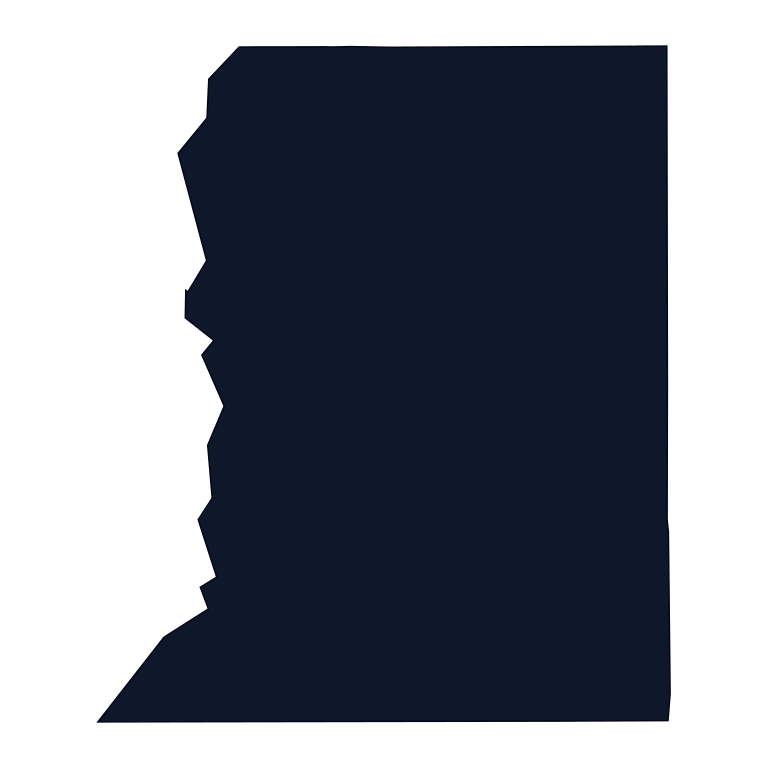 St. Helena, Louisiana, United States of America (orthographic projection)
{"feature_id": "52423323B72303975114408", "entity_name": "St. Helena", "entity_type": "district", "adm_level": 2, "iso_a3": "USA", "parent_name": "United States of America", "parent_adm1": "Louisiana", "projection": "orthographic", "projection_center": [-90.753, 30.825], "detail": "fine", "context": "isolated", "style": "filled", "palette": "ink", "viewbox_px": 768, "rotation_deg": 0, "n_neighbors": 0, "source": "geoboundaries", "source_scale": "gbopen_adm2", "svg_char_len": 596}
<svg xmlns="http://www.w3.org/2000/svg" viewBox="0 0 768 768"><path d="M200.3,587.2L208.4,608.9L164.0,637.2L97.9,721.9L194.2,721.7L556.1,721.1L668.0,720.6L670.1,693.8L668.4,532.0L667.1,519.8L667.4,383.5L666.8,46.1L639.8,46.2L638.3,46.2L633.4,46.4L631.3,46.3L532.0,46.7L527.9,46.7L390.2,47.3L350.0,46.6L332.6,47.0L321.6,46.8L315.2,46.9L308.8,46.9L239.2,47.0L208.8,79.1L207.0,118.0L178.1,153.3L206.7,260.7L187.8,292.0L185.8,290.4L185.3,317.9L213.9,340.4L201.9,355.0L224.2,406.1L207.7,445.3L212.2,498.1L198.2,519.6L216.7,577.1L200.3,587.2Z" fill="#0f172a" stroke="#020617" stroke-width="1.5"/></svg>